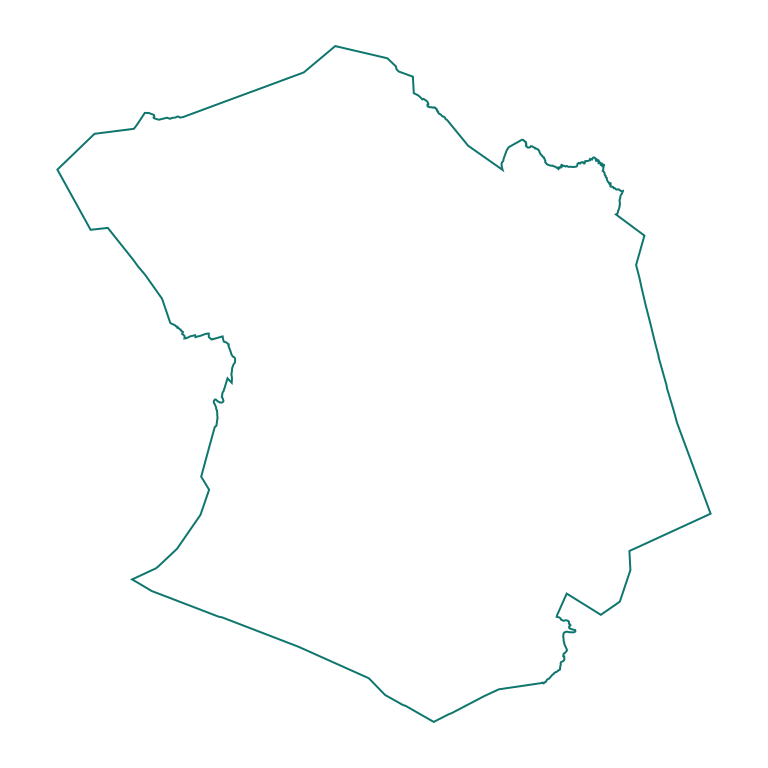 Oppdal nor, Sør-Trøndelag, Norway (orthographic projection)
{"feature_id": "86288312B17793327792400", "entity_name": "Oppdal nor", "entity_type": "district", "adm_level": 2, "iso_a3": "NOR", "parent_name": "Norway", "parent_adm1": "Sør-Trøndelag", "projection": "orthographic", "projection_center": [9.674, 62.536], "detail": "fine", "context": "isolated", "style": "outline", "palette": "teal", "viewbox_px": 768, "rotation_deg": 0, "n_neighbors": 0, "source": "geoboundaries", "source_scale": "gbopen_adm2", "svg_char_len": 6075}
<svg xmlns="http://www.w3.org/2000/svg" viewBox="0 0 768 768"><path d="M710.6,513.7L677.1,423.0L673.7,410.6L666.7,387.3L666.7,385.9L658.5,356.9L658.7,356.7L654.6,340.9L650.4,323.6L645.8,305.7L641.5,287.4L639.5,278.1L636.1,265.0L644.4,235.6L615.9,214.4L617.4,213.6L618.1,211.5L618.1,210.6L618.7,209.7L619.5,207.2L619.5,205.6L620.0,204.8L619.8,203.3L619.9,202.6L619.5,200.9L619.7,199.3L620.2,198.3L620.4,196.2L620.9,194.9L622.0,193.5L622.3,192.4L622.8,191.6L622.9,191.0L622.1,191.3L620.5,190.8L618.7,189.3L616.7,189.6L615.8,189.2L614.6,188.0L613.6,188.2L613.2,187.2L612.9,186.9L610.4,186.5L610.3,186.2L610.5,185.6L610.6,185.0L610.6,183.3L610.1,183.1L609.4,183.8L608.7,182.5L608.1,181.9L607.5,181.0L606.9,179.4L606.8,178.0L605.8,177.2L605.7,176.7L605.8,176.2L605.7,175.9L604.7,174.8L604.6,173.2L603.6,171.5L602.7,171.0L603.1,170.1L603.2,169.6L603.4,167.8L603.3,166.9L604.1,165.3L604.0,164.9L603.4,164.7L603.0,165.1L602.6,166.1L602.4,166.2L602.1,165.8L602.4,165.0L602.2,164.5L601.7,164.6L601.3,165.2L600.9,165.0L601.0,164.8L601.9,164.1L602.0,163.6L601.8,163.4L601.2,163.3L600.6,164.0L600.3,163.8L599.9,162.4L599.5,162.2L599.3,162.4L599.0,163.1L598.5,163.2L598.4,162.9L598.6,162.3L599.1,161.5L598.4,160.2L597.8,160.1L597.3,160.8L597.0,160.9L596.1,160.8L596.0,160.3L596.1,160.1L596.7,160.0L596.8,159.7L596.2,158.9L595.2,158.6L594.8,157.7L594.5,157.5L593.3,157.5L592.2,159.0L592.1,159.4L590.2,158.8L590.1,159.2L590.6,159.6L590.5,159.9L589.7,160.4L588.8,160.5L588.0,161.0L585.3,161.1L585.1,162.2L584.6,163.3L584.3,163.5L583.6,163.3L583.2,162.4L582.6,162.1L580.8,162.6L580.5,163.3L580.0,163.6L579.0,162.9L578.5,163.0L577.5,163.9L577.2,165.7L576.7,166.4L576.3,166.6L572.9,167.1L571.5,166.8L568.2,166.8L566.9,166.0L565.5,166.5L564.6,166.0L563.1,165.8L561.7,164.8L561.4,165.0L561.2,165.5L561.7,166.4L561.7,166.8L561.5,167.1L560.8,167.6L559.7,167.4L558.5,169.1L558.2,168.9L558.1,168.3L558.5,167.9L558.8,167.4L556.7,167.8L555.8,167.0L554.1,166.3L553.3,166.2L552.6,165.6L550.9,165.7L548.1,164.8L546.7,164.1L546.1,163.1L545.2,162.2L545.4,161.0L544.7,159.5L544.5,158.7L544.0,158.2L544.0,157.5L543.7,157.2L542.7,156.8L542.5,156.5L542.3,155.9L541.7,155.5L541.7,155.2L541.1,154.6L540.5,154.2L540.1,153.5L540.0,152.9L539.6,152.3L539.3,151.3L539.2,151.2L539.1,150.7L538.2,149.9L538.2,149.5L535.7,148.4L535.2,148.5L535.0,147.8L532.9,146.9L532.3,146.4L530.8,146.2L530.1,147.2L529.6,147.2L529.1,147.6L527.6,147.5L526.4,146.1L526.2,146.1L526.2,145.5L526.0,145.4L526.1,144.9L526.0,144.7L526.3,144.2L526.2,144.0L526.3,143.9L526.0,143.5L525.9,143.2L526.0,142.9L525.8,142.6L525.7,141.8L524.6,141.4L524.3,140.7L523.5,140.4L523.0,139.8L521.9,139.8L508.7,147.2L506.7,150.3L503.7,158.5L503.2,161.1L502.1,162.3L501.5,163.8L501.9,167.6L502.6,169.9L468.1,145.7L447.1,120.0L445.6,119.1L444.7,117.2L442.8,116.3L442.3,116.3L440.7,114.4L439.0,113.8L438.9,113.4L438.4,112.9L438.3,112.4L438.1,112.3L438.1,111.5L437.4,111.3L436.8,110.1L436.9,109.3L436.4,108.7L435.7,108.6L435.2,107.9L435.1,107.6L434.0,107.4L433.6,107.7L433.0,107.4L432.2,107.5L431.2,107.2L429.4,107.2L429.0,107.1L428.1,106.3L427.7,106.4L427.5,105.9L427.8,105.3L427.5,104.5L427.8,104.2L428.3,104.2L428.3,103.8L427.4,101.7L426.2,100.6L423.5,98.9L422.3,99.4L420.8,97.7L418.1,95.3L413.8,93.2L412.9,76.7L398.7,71.5L396.6,69.4L396.2,68.0L396.0,66.5L387.4,58.3L335.2,46.1L303.8,72.4L183.2,117.0L180.1,117.6L178.4,116.5L177.7,116.5L175.8,117.4L171.8,118.0L171.2,118.2L170.8,118.6L169.6,118.7L167.2,117.7L158.9,119.7L155.0,118.6L153.7,118.0L153.6,117.2L154.3,116.6L153.9,114.9L150.1,113.5L148.9,112.9L147.8,113.0L144.8,112.9L136.9,124.9L133.9,128.8L94.5,133.8L57.4,169.6L90.6,229.8L107.8,227.9L133.3,259.9L138.0,266.4L145.2,274.9L162.1,298.8L170.2,322.7L170.6,323.2L175.1,325.3L176.0,326.3L177.3,326.7L177.2,327.6L177.9,328.0L178.4,327.9L179.8,329.3L180.7,329.6L180.9,330.5L181.1,330.7L183.0,332.0L182.1,333.9L184.4,335.7L184.4,336.3L184.8,337.1L184.4,338.4L185.6,338.4L188.7,337.2L189.7,336.5L195.1,335.2L195.5,337.2L197.4,336.5L199.1,336.2L201.9,335.3L205.0,334.1L207.9,333.5L208.8,333.6L208.7,333.9L208.8,335.7L208.7,336.1L208.9,337.1L210.5,338.6L211.5,339.0L211.5,339.4L211.8,339.5L222.6,336.4L223.3,340.0L223.9,341.7L225.8,342.2L228.7,344.3L228.4,344.9L228.4,345.3L228.7,345.7L228.6,346.0L228.7,346.6L229.2,347.5L229.3,348.2L230.2,350.3L231.5,354.5L232.9,356.6L234.4,357.4L235.0,358.5L235.2,359.9L235.0,361.8L234.7,362.9L233.9,363.9L233.1,365.4L232.9,366.3L232.3,367.5L232.0,370.1L231.8,372.2L231.6,372.7L231.6,373.5L231.3,374.1L231.7,376.1L232.0,378.3L231.7,382.8L227.5,378.3L224.4,388.6L223.9,389.7L223.7,390.9L222.6,392.4L222.3,393.9L222.1,395.4L222.2,396.3L221.8,397.2L222.8,398.6L223.4,400.6L223.4,401.4L222.8,402.0L221.7,402.6L220.1,402.5L218.0,401.5L215.7,399.5L214.9,399.6L214.1,400.5L213.8,401.5L213.8,402.6L215.1,404.9L216.1,407.5L216.1,408.5L216.5,409.8L216.9,410.1L217.3,413.8L217.2,414.9L217.6,418.2L217.4,418.5L216.4,425.8L214.8,426.9L208.3,450.4L201.2,476.7L209.1,489.7L200.5,514.8L177.1,548.7L158.2,566.5L156.0,568.3L132.1,579.4L151.7,591.0L218.7,616.7L222.2,617.4L298.6,646.8L367.6,677.7L369.2,678.6L385.1,695.0L403.1,705.1L405.3,705.7L433.7,721.9L448.0,714.6L451.7,713.1L484.4,696.0L498.9,689.3L541.2,683.1L542.6,682.6L542.9,683.2L543.4,683.4L543.9,683.2L544.8,682.2L545.5,682.1L545.9,681.7L546.7,680.2L547.4,679.4L548.9,678.7L552.5,674.7L553.4,674.1L554.5,672.9L555.3,672.3L556.4,672.0L559.2,669.9L560.1,669.4L560.0,668.0L560.2,667.7L560.2,666.8L560.8,664.3L560.6,663.2L561.2,662.0L563.4,661.0L564.3,659.7L564.4,658.2L564.0,657.2L564.2,656.5L563.3,656.3L563.4,654.8L563.6,653.9L565.1,652.8L567.0,650.4L566.7,649.2L564.4,644.2L564.2,643.3L564.3,642.5L563.7,641.3L563.5,638.0L563.2,636.7L563.5,633.9L564.2,632.5L566.8,631.6L568.5,632.1L573.0,632.4L574.6,632.1L575.4,631.1L575.2,630.1L571.5,629.2L569.4,628.3L569.0,627.0L569.8,625.9L570.4,625.5L570.4,625.0L570.3,624.7L569.9,624.3L569.4,624.4L568.9,623.3L569.0,621.8L568.1,620.9L565.9,620.2L563.6,620.8L561.1,619.7L560.5,618.4L559.4,617.5L556.7,616.8L557.1,615.2L566.7,593.6L600.8,614.8L619.8,601.7L630.4,570.1L629.4,551.0L710.6,513.7Z" fill="none" stroke="#0f766e" stroke-width="2"/></svg>